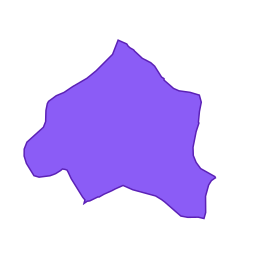 outline of Santa María de Jesús, Sacatepéquez, Guatemala, rotated 103°
{"feature_id": "79465075B23332784997029", "entity_name": "Santa María de Jesús", "entity_type": "district", "adm_level": 2, "iso_a3": "GTM", "parent_name": "Guatemala", "parent_adm1": "Sacatepéquez", "projection": "orthographic", "projection_center": [-90.695, 14.477], "detail": "fine", "context": "isolated", "style": "filled", "palette": "violet", "viewbox_px": 256, "rotation_deg": 103, "n_neighbors": 0, "source": "geoboundaries", "source_scale": "gbopen_adm2", "svg_char_len": 1114}
<svg xmlns="http://www.w3.org/2000/svg" viewBox="0 0 256 256"><g transform="rotate(103 128 128)"><path d="M199.1,33.6L192.9,33.3L177.0,37.1L165.4,36.6L160.5,34.9L159.5,34.0L157.9,32.6L156.9,31.6L155.8,32.4L151.2,48.1L146.2,53.9L140.1,58.2L132.2,60.3L116.2,60.8L107.2,60.0L106.5,60.7L95.9,62.1L86.4,62.4L79.9,65.9L79.3,75.5L80.3,86.7L79.2,92.5L73.3,103.6L71.8,104.0L70.8,106.8L61.8,115.9L59.3,120.4L56.9,129.7L51.5,139.1L50.8,139.8L50.3,141.1L49.4,144.1L48.2,146.3L46.4,148.1L44.6,157.4L59.7,159.6L79.4,171.9L88.9,179.3L99.4,190.5L100.5,191.6L107.7,198.3L112.7,205.2L119.9,211.4L122.4,212.1L129.3,211.9L140.3,209.7L146.3,210.6L164.5,223.3L171.9,224.4L178.7,222.9L185.4,219.0L195.6,208.9L195.9,203.6L192.1,193.3L190.3,190.5L188.7,188.2L184.6,184.1L182.7,182.7L182.5,180.0L182.7,178.0L184.7,176.2L190.2,171.9L205.4,156.8L206.7,155.2L207.7,153.8L211.4,153.9L208.5,151.2L207.6,148.8L201.9,141.8L201.8,140.7L197.9,136.5L192.7,129.6L190.1,126.6L185.1,119.9L187.1,109.4L188.0,85.8L190.2,79.2L191.7,75.8L198.2,63.7L201.9,56.7L201.6,49.7L199.1,39.5L199.1,33.6Z" fill="#8b5cf6" stroke="#5b21b6" stroke-width="1.5"/></g></svg>